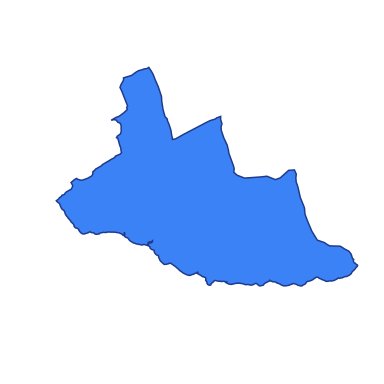 outline of South West Tanna, Tafea, Vanuatu, rotated 340°
{"feature_id": "77236927B40431360126678", "entity_name": "South West Tanna", "entity_type": "district", "adm_level": 2, "iso_a3": "VUT", "parent_name": "Vanuatu", "parent_adm1": "Tafea", "projection": "mercator", "projection_center": [169.354, -19.575], "detail": "fine", "context": "isolated", "style": "filled", "palette": "blue", "viewbox_px": 384, "rotation_deg": 340, "n_neighbors": 0, "source": "geoboundaries", "source_scale": "gbopen_adm2", "svg_char_len": 6023}
<svg xmlns="http://www.w3.org/2000/svg" viewBox="0 0 384 384"><g transform="rotate(340 192 192)"><path d="M140.6,96.9L143.7,97.4L145.4,98.6L146.1,101.0L148.0,102.8L148.1,105.6L147.1,108.0L146.3,110.7L144.7,112.9L140.9,114.0L139.6,115.1L140.6,116.3L140.4,120.0L140.1,122.4L140.1,126.3L139.5,128.6L139.3,130.8L137.3,131.9L136.0,131.9L132.3,132.1L131.0,133.2L127.8,133.6L117.2,135.6L115.8,136.4L109.3,137.5L107.4,138.6L105.9,138.9L104.8,141.4L103.9,142.1L103.0,142.7L100.9,143.0L98.7,143.4L93.5,143.4L91.8,143.0L88.7,140.8L88.3,139.8L86.2,140.0L81.6,141.7L82.1,145.3L80.9,146.8L79.6,148.0L74.2,148.9L72.4,149.7L71.0,150.7L68.6,150.6L67.7,151.5L65.5,152.0L64.3,152.9L62.9,153.4L61.5,153.8L61.8,154.7L62.5,156.0L63.6,157.5L63.5,159.9L63.7,160.7L63.7,161.1L63.6,161.8L63.6,162.1L64.2,164.1L64.8,164.8L65.1,165.4L65.4,165.6L65.5,166.0L65.5,167.5L65.5,168.2L65.4,169.0L65.6,170.6L66.2,172.5L66.7,173.5L66.7,174.5L67.4,175.7L67.6,176.6L68.0,177.5L68.3,179.3L69.0,180.2L69.5,181.5L69.8,182.4L69.5,183.6L69.6,184.4L69.8,185.0L70.3,185.9L71.8,186.9L72.1,187.1L72.3,187.7L72.5,187.9L72.8,188.5L72.6,189.2L72.6,189.6L73.5,192.2L74.3,193.3L74.6,193.7L75.2,194.2L77.0,194.7L77.7,194.6L80.4,194.8L81.2,194.7L82.4,194.3L82.8,194.7L83.1,195.2L83.4,195.6L84.7,196.3L85.4,196.5L85.7,196.8L86.4,198.3L87.8,199.1L90.3,199.6L90.7,199.6L91.4,199.2L92.1,199.1L93.1,199.4L94.0,199.5L94.9,199.6L96.9,200.5L99.5,200.9L99.8,201.1L100.5,201.2L101.6,201.8L104.1,202.7L104.8,203.0L106.5,203.7L107.8,204.6L109.1,205.1L111.0,206.9L111.6,207.5L112.6,209.4L113.0,209.5L113.1,209.4L113.5,209.0L114.4,207.3L114.7,206.6L114.7,207.9L114.3,209.1L113.5,210.1L113.5,210.5L113.6,211.0L114.5,212.1L115.8,213.1L116.0,213.4L116.7,215.9L117.3,217.0L119.6,219.9L120.0,220.2L121.0,220.7L121.5,221.4L121.9,221.6L122.2,221.9L123.2,222.4L124.2,223.2L125.2,223.5L126.3,224.4L126.8,224.7L127.3,224.8L128.3,224.8L128.9,224.9L129.7,225.4L131.3,226.6L131.9,226.7L132.3,226.3L133.1,225.1L133.8,224.3L135.8,224.6L137.6,224.7L137.8,224.6L138.2,224.4L138.1,224.7L138.0,224.9L137.3,225.3L137.1,225.7L136.9,225.7L135.9,225.8L133.9,225.2L133.2,225.9L132.7,226.8L132.3,227.1L132.2,227.3L132.3,227.6L132.9,227.9L133.3,228.3L133.7,229.0L133.7,229.6L133.5,229.8L133.5,230.6L133.9,231.4L135.0,232.7L135.9,233.2L136.4,233.8L136.4,234.2L136.0,235.2L136.2,236.6L136.5,237.8L137.1,238.9L137.4,239.3L138.2,239.7L138.6,240.4L138.6,241.0L138.4,241.4L138.3,242.2L138.5,243.1L138.5,245.1L139.1,246.8L140.8,250.1L141.1,250.5L141.9,250.8L143.5,251.2L144.6,251.2L145.6,251.5L145.9,251.2L146.3,251.2L147.3,251.4L147.9,252.0L148.1,252.6L148.8,253.2L149.8,254.9L151.1,256.5L151.3,257.2L152.1,258.5L153.9,262.1L154.5,262.8L155.9,265.0L158.8,268.0L160.5,269.2L160.8,269.2L161.2,269.6L161.7,269.7L164.3,269.6L164.8,269.8L165.6,269.8L166.4,269.5L167.7,269.5L168.1,269.7L168.9,269.7L169.6,269.3L170.0,268.7L169.9,269.7L169.1,270.2L169.1,270.5L169.8,271.0L170.6,272.1L171.6,273.1L172.6,274.7L172.9,275.1L173.5,275.5L173.9,275.6L174.1,275.7L174.6,276.4L175.3,277.0L175.4,277.4L175.4,278.1L174.6,279.7L174.7,280.2L175.2,281.3L175.2,282.1L175.0,282.4L174.9,283.1L175.1,284.2L176.2,285.4L176.9,285.7L177.6,285.8L178.2,285.5L178.5,284.9L179.5,284.4L180.6,283.9L181.4,283.8L182.5,283.1L183.1,283.0L183.7,283.1L184.0,283.3L184.7,283.9L186.1,284.6L186.9,285.2L188.3,285.6L188.9,286.1L189.6,286.4L191.4,286.7L191.6,286.8L192.0,287.2L192.2,287.5L192.5,288.1L193.5,288.2L194.6,288.1L193.9,288.4L193.3,288.5L193.1,288.6L193.1,289.1L193.8,289.6L194.0,290.0L194.4,290.3L195.0,291.0L197.1,292.2L198.0,292.4L201.9,292.8L204.3,293.5L204.7,293.8L205.5,293.8L206.3,294.5L207.5,295.0L210.7,297.4L212.7,298.0L213.6,298.4L214.8,299.3L216.2,299.9L217.6,300.0L219.9,299.7L220.7,299.7L221.4,300.1L222.2,301.8L222.7,302.4L222.9,302.9L223.6,303.4L224.2,303.6L225.9,303.8L227.1,303.9L227.6,303.7L228.0,303.2L228.5,302.9L229.3,302.7L233.0,302.2L234.4,302.2L234.8,302.1L234.9,301.8L235.3,302.5L236.1,302.9L236.8,303.7L237.8,304.3L238.9,304.6L239.4,304.9L240.1,305.7L240.4,306.3L241.0,306.8L241.8,307.3L242.2,307.8L243.2,308.6L244.2,310.0L244.9,310.5L245.9,311.5L246.7,311.8L248.3,312.3L251.6,312.9L252.8,312.7L254.8,312.8L255.4,312.6L255.9,312.6L256.2,312.8L256.8,313.4L257.5,313.6L257.9,313.8L259.8,316.0L261.0,316.7L261.6,317.3L262.8,317.7L263.4,317.8L263.8,317.7L264.2,317.5L264.5,317.4L266.8,317.2L267.6,316.8L268.6,315.9L269.2,315.7L270.2,315.6L272.5,315.9L274.0,315.9L275.4,315.7L276.4,315.4L277.1,315.3L277.5,315.0L278.8,314.9L279.7,314.6L280.3,314.7L280.9,315.0L281.5,315.6L281.9,316.5L282.1,316.7L283.6,318.0L284.1,318.7L284.8,319.2L286.7,320.9L287.3,321.7L289.0,322.4L290.6,322.5L291.3,322.8L292.9,323.4L295.0,323.7L298.3,323.4L299.0,323.1L300.1,322.8L300.4,322.9L300.8,323.5L301.5,323.6L302.2,323.6L303.6,324.0L306.6,323.8L308.6,324.3L308.8,324.3L309.3,324.1L311.0,324.1L313.7,323.2L314.2,322.6L315.1,321.9L316.1,321.3L316.7,321.2L318.4,320.4L319.2,319.9L320.3,319.1L321.7,318.5L322.2,318.0L322.5,317.7L322.5,317.2L321.8,316.5L320.9,314.6L320.5,314.4L320.0,313.4L320.0,312.3L320.4,311.1L320.9,310.7L320.1,309.3L320.3,304.8L319.2,301.3L315.9,297.7L313.9,295.0L312.7,293.6L302.9,289.7L300.8,287.2L299.2,284.9L293.3,280.1L291.2,269.8L290.6,257.5L290.6,251.3L292.2,245.6L292.2,243.3L291.9,234.2L293.1,224.6L293.3,222.5L293.3,218.4L294.4,214.3L296.1,210.9L295.8,206.3L290.2,204.7L279.8,208.9L274.6,208.9L267.8,202.8L262.3,201.5L246.1,196.9L240.2,191.7L238.0,187.8L239.6,184.6L239.9,181.9L239.9,168.3L240.5,165.3L241.1,159.9L240.4,151.9L240.6,144.1L241.5,140.9L243.5,138.1L243.7,133.5L244.8,130.8L240.5,130.8L238.9,131.4L233.4,131.1L229.7,131.5L204.1,134.9L194.6,136.5L191.6,135.9L192.1,134.3L192.2,132.6L192.5,130.7L193.3,126.9L193.5,122.2L193.5,119.3L193.3,117.0L193.7,114.9L192.4,111.8L193.0,104.5L194.5,96.8L196.0,91.7L196.3,81.5L195.8,73.9L195.7,68.1L195.1,64.5L194.0,60.1L192.1,60.6L189.1,60.0L186.4,60.0L183.3,59.7L180.1,60.3L175.0,61.8L166.7,61.3L165.9,63.5L161.9,66.9L160.1,69.1L160.5,72.9L160.9,89.1L159.6,90.2L159.3,92.4L154.6,94.4L149.4,95.9L146.4,95.9L140.6,96.9Z" fill="#3b82f6" stroke="#1e3a8a" stroke-width="1.5"/></g></svg>